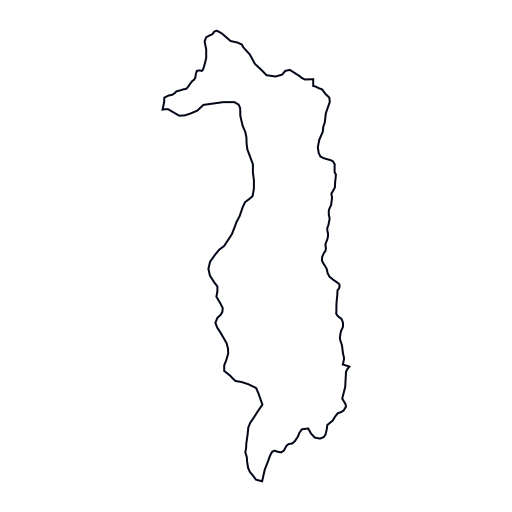 Sipitang, Sabah, Malaysia
{"feature_id": "92858781B73026696392194", "entity_name": "Sipitang", "entity_type": "district", "adm_level": 2, "iso_a3": "MYS", "parent_name": "Malaysia", "parent_adm1": "Sabah", "projection": "orthographic", "projection_center": [115.715, 4.645], "detail": "fine", "context": "isolated", "style": "outline", "palette": "ink", "viewbox_px": 512, "rotation_deg": 0, "n_neighbors": 0, "source": "geoboundaries", "source_scale": "gbopen_adm2", "svg_char_len": 3095}
<svg xmlns="http://www.w3.org/2000/svg" viewBox="0 0 512 512"><path d="M255.9,479.6L262.1,481.3L264.7,469.8L268.5,460.0L270.0,455.7L272.2,451.7L274.5,450.7L277.5,451.7L281.0,452.4L283.8,450.7L286.6,445.6L288.6,444.1L292.4,443.4L294.9,441.1L297.9,436.6L299.4,432.8L301.9,429.3L308.2,428.5L311.2,433.8L314.8,437.6L320.0,438.6L323.8,437.1L325.6,434.3L326.8,429.0L327.3,425.0L332.6,420.7L334.9,416.9L337.7,413.2L341.2,412.1L343.7,410.4L346.0,406.6L345.5,404.1L342.2,398.6L345.2,387.0L346.0,372.0L347.2,369.3L349.4,366.6L349.1,366.5L342.8,364.5L343.5,361.7L344.1,358.3L343.0,353.5L342.0,345.6L341.2,342.9L340.4,340.8L339.9,337.9L340.4,333.9L341.0,331.1L342.3,328.4L343.0,326.6L343.0,323.1L342.2,320.4L341.2,318.6L338.6,316.8L337.3,315.4L336.2,313.6L336.4,310.4L336.4,305.9L336.5,303.1L337.3,294.8L337.5,290.3L338.8,288.8L339.6,286.5L339.4,284.3L336.8,282.2L333.0,279.6L329.4,276.6L327.5,272.9L326.9,269.5L325.3,266.3L323.6,263.9L321.9,260.5L322.2,256.8L324.0,252.8L325.4,251.1L325.9,248.6L325.4,244.2L327.2,239.6L328.0,236.5L328.0,233.4L327.3,230.5L327.3,228.0L328.5,224.7L329.3,220.7L329.6,218.2L328.8,214.8L328.8,211.2L329.0,209.7L330.0,207.4L331.1,205.0L331.6,201.3L332.0,198.1L331.9,196.6L331.5,194.9L331.5,193.2L332.6,191.7L334.9,187.4L335.2,181.4L335.7,177.4L335.9,174.5L334.6,172.1L334.6,167.4L334.7,164.3L332.9,161.3L330.7,160.2L327.6,159.3L324.6,158.5L322.3,157.5L320.4,156.5L318.7,153.0L317.8,147.3L318.6,143.2L319.2,140.0L322.8,131.7L323.3,126.7L324.8,122.4L325.8,113.4L329.8,101.8L329.3,97.6L325.5,94.0L322.0,89.3L319.0,88.3L315.5,86.5L313.2,86.0L313.2,82.0L313.2,79.2L304.9,79.5L301.9,78.0L300.2,76.6L299.4,76.0L289.8,69.9L285.3,70.9L282.0,74.7L275.5,76.5L266.5,75.2L261.9,70.4L254.9,63.9L249.9,54.6L243.3,47.3L241.8,44.5L237.3,42.5L230.5,41.0L226.5,37.5L222.2,33.7L217.0,30.7L214.4,31.5L212.4,34.2L209.4,35.5L206.2,37.3L204.6,41.5L206.2,49.3L206.2,53.6L206.2,58.1L205.1,62.6L203.9,66.9L203.1,69.4L201.9,70.9L199.6,70.4L196.8,70.9L195.8,74.2L195.3,77.7L194.1,79.7L192.3,81.0L189.8,84.2L188.3,86.5L186.3,88.8L182.8,89.5L179.8,90.5L176.5,91.3L174.5,93.3L172.2,94.8L168.7,95.5L164.4,97.6L164.2,99.6L164.2,101.8L162.6,109.6L163.4,109.4L167.9,109.1L179.2,115.7L184.8,115.4L190.3,113.6L197.3,110.6L203.4,104.9L223.5,102.1L234.3,102.1L238.6,104.6L240.1,107.9L240.3,112.4L240.3,115.9L242.6,125.7L245.3,132.0L246.4,137.3L246.6,143.8L247.4,149.6L252.9,164.2L252.9,172.7L253.9,180.0L253.9,188.6L252.6,196.1L249.4,198.9L245.1,202.1L242.8,206.9L239.6,216.2L236.5,222.0L234.5,227.5L231.8,234.3L224.2,245.9L219.2,249.7L214.7,255.2L210.1,261.7L208.4,268.8L209.9,275.6L214.4,282.6L217.4,286.4L217.4,291.2L216.4,296.7L220.7,304.0L222.7,308.0L222.4,311.8L220.7,314.8L217.4,317.8L215.4,322.8L217.2,327.6L220.4,332.4L226.5,343.0L228.0,348.5L228.2,353.5L226.2,360.3L224.2,365.4L224.2,370.9L230.2,375.7L232.7,378.4L235.5,381.0L241.5,382.0L248.3,384.2L256.1,388.0L258.4,393.3L262.4,404.6L257.4,411.9L253.6,417.9L250.1,423.0L248.3,427.5L247.6,434.5L246.3,443.6L246.1,448.1L245.3,452.2L246.8,457.2L247.1,461.5L248.1,468.0L250.1,472.3L252.6,475.1L255.9,479.6Z" fill="none" stroke="#020617" stroke-width="2"/></svg>